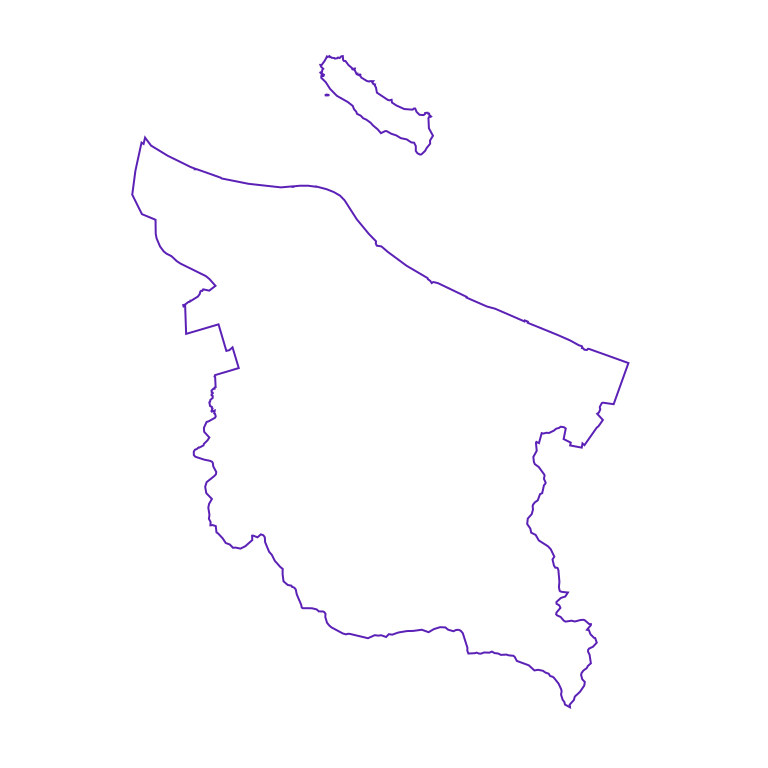 Kapiti Coast District, Wellington, New Zealand (Mercator projection), rotated 88°
{"feature_id": "76426892B40296921759207", "entity_name": "Kapiti Coast District", "entity_type": "district", "adm_level": 2, "iso_a3": "NZL", "parent_name": "New Zealand", "parent_adm1": "Wellington", "projection": "mercator", "projection_center": [175.125, -40.857], "detail": "fine", "context": "isolated", "style": "outline", "palette": "violet", "viewbox_px": 768, "rotation_deg": 88, "n_neighbors": 0, "source": "geoboundaries", "source_scale": "gbopen_adm2", "svg_char_len": 6102}
<svg xmlns="http://www.w3.org/2000/svg" viewBox="0 0 768 768"><g transform="rotate(88 384 384)"><path d="M713.6,209.4L710.9,209.6L706.5,205.3L703.0,204.2L698.6,199.0L692.4,194.4L688.8,193.7L686.1,196.1L681.7,197.2L679.7,196.6L677.3,194.7L675.1,191.4L672.8,190.0L670.4,187.0L661.7,188.0L658.7,189.4L656.9,189.3L655.6,188.3L653.8,184.2L649.9,180.4L645.3,181.8L645.0,183.0L641.3,186.4L637.2,187.8L636.7,189.7L632.1,185.6L631.2,185.6L631.0,187.4L627.1,191.6L626.6,193.0L626.7,195.7L628.0,201.4L627.1,204.9L627.8,210.8L626.9,212.5L623.0,215.6L621.2,219.2L620.2,220.0L618.4,219.6L613.9,215.5L611.4,216.5L609.7,219.2L607.9,219.3L604.0,214.7L602.7,210.2L598.8,207.5L598.0,213.2L597.4,215.1L596.7,215.7L593.0,216.3L588.0,215.6L576.2,216.2L574.2,216.8L573.7,217.4L573.5,219.3L571.3,220.5L565.2,221.7L562.5,219.8L555.0,223.1L551.9,225.8L545.7,234.8L540.1,237.7L537.7,242.1L533.6,242.8L528.9,245.8L523.5,245.0L519.2,240.9L514.7,239.5L511.2,239.7L509.7,239.2L507.5,237.3L505.6,234.4L499.5,231.9L498.6,229.7L490.8,227.7L489.2,226.2L488.1,225.9L484.3,227.5L481.1,226.7L480.1,227.0L472.4,232.2L469.3,236.1L467.2,236.9L462.1,237.3L456.1,233.7L448.1,234.2L447.2,233.7L448.5,231.2L438.6,228.1L439.1,226.6L438.4,223.5L438.7,220.8L436.5,215.8L434.7,213.6L434.0,210.6L432.9,209.0L433.4,205.8L434.8,203.9L445.3,206.4L449.1,199.4L451.9,200.1L454.5,188.6L450.3,187.7L452.1,185.8L435.0,172.9L433.8,171.2L427.6,166.5L421.2,172.0L420.0,170.2L416.7,168.7L415.3,169.2L414.0,168.9L410.7,167.0L410.3,165.9L412.2,155.2L371.6,139.0L356.4,177.1L355.9,178.8L357.1,180.1L356.7,182.6L355.3,183.7L355.0,184.9L353.9,184.6L353.0,185.1L352.1,187.9L347.0,196.4L340.9,209.1L328.1,237.7L327.8,238.3L326.8,238.0L326.1,239.3L325.4,241.1L326.4,241.4L312.6,270.4L310.2,278.3L300.5,298.6L299.8,298.4L285.0,326.7L283.8,331.3L284.8,332.8L282.5,334.2L280.8,336.5L279.7,336.7L266.7,357.2L252.1,375.6L246.4,381.8L245.5,386.4L243.4,387.3L241.1,387.0L233.5,393.9L218.4,405.5L199.0,417.0L194.2,421.4L190.4,427.5L187.3,434.6L184.2,445.0L184.5,445.1L183.2,452.9L182.9,460.7L183.3,467.7L183.8,467.7L183.8,468.6L183.3,468.6L183.9,480.2L179.2,512.4L172.9,539.2L172.2,539.8L162.9,563.4L162.8,565.2L162.4,564.9L160.4,569.7L148.4,592.1L137.6,608.5L129.4,614.2L135.7,615.9L134.3,617.9L162.2,625.0L186.0,629.0L205.8,620.0L211.9,606.6L225.9,606.9L230.5,606.2L238.8,603.0L243.8,599.5L246.1,596.9L248.8,592.0L254.0,586.8L256.6,583.1L270.0,558.2L273.0,554.8L280.0,549.0L284.6,555.4L283.1,561.4L284.6,562.3L284.4,563.4L285.1,564.3L287.6,565.0L290.1,566.9L294.1,573.9L293.9,574.6L295.0,575.2L295.2,576.6L297.7,580.1L298.1,581.9L299.5,581.6L298.8,580.0L327.0,580.0L318.6,547.3L345.4,540.4L344.8,537.4L342.1,534.1L363.0,528.6L369.2,552.5L370.7,553.1L371.2,552.5L381.4,552.4L381.8,553.6L382.8,553.5L383.1,555.1L384.5,556.6L386.1,556.5L386.6,555.5L387.4,555.5L388.3,556.7L389.3,556.7L390.0,555.6L391.9,555.7L394.0,558.2L395.6,558.4L396.2,559.2L399.9,558.6L400.8,556.9L401.9,556.9L402.4,556.2L405.0,557.4L405.6,557.0L404.6,554.1L407.5,554.7L408.0,553.9L410.4,553.3L411.8,554.0L415.2,560.6L415.7,562.6L421.5,565.5L425.5,565.4L431.4,560.4L434.3,562.5L437.5,566.0L439.1,566.6L441.1,570.8L440.9,571.4L442.5,573.4L443.1,575.3L445.1,576.5L448.5,576.5L450.1,575.1L453.3,566.4L454.8,560.3L455.8,558.5L457.0,557.8L460.4,557.5L466.1,554.7L468.3,555.1L469.9,556.6L475.9,564.7L480.5,566.3L486.9,565.4L492.9,560.0L497.7,563.0L501.4,563.9L508.7,563.0L512.6,563.7L515.9,562.1L519.2,562.4L519.0,560.2L520.1,557.1L526.4,556.6L527.7,554.9L532.5,550.7L537.4,547.7L539.0,543.7L542.4,540.6L542.3,538.1L543.5,533.2L541.3,528.3L535.4,521.1L531.0,521.1L530.9,520.2L532.8,515.8L530.0,512.3L530.9,509.9L533.0,508.5L538.0,508.3L547.6,504.7L550.8,502.1L556.9,499.3L563.4,493.9L565.2,491.7L570.4,492.0L577.7,491.3L581.5,487.2L582.3,483.6L583.6,482.9L584.3,480.9L586.2,479.4L591.3,478.5L601.6,474.5L604.5,474.0L605.2,473.1L605.6,463.9L606.9,459.2L609.0,457.0L609.2,452.9L609.9,451.6L611.6,450.5L614.8,450.8L620.6,449.3L623.6,447.0L625.4,445.0L631.9,433.8L632.9,430.6L632.4,429.1L632.5,427.0L637.5,408.9L634.7,402.0L635.3,398.4L635.0,395.6L636.9,390.7L634.2,387.9L634.8,384.5L632.9,378.5L631.7,369.6L631.8,363.6L630.9,354.8L633.6,348.1L630.7,342.7L629.0,336.5L629.4,331.2L631.8,328.5L633.5,323.2L632.3,320.5L632.3,318.0L633.3,315.9L635.9,313.9L650.7,309.8L653.1,310.1L656.3,309.1L656.2,302.6L655.7,300.9L656.7,298.5L656.9,296.6L655.8,293.3L656.2,288.1L655.2,285.5L656.8,282.9L657.3,279.4L658.8,276.6L658.7,271.0L659.5,269.0L660.1,264.3L661.1,263.0L665.4,260.9L670.2,249.1L675.5,243.7L675.0,240.1L676.1,235.3L678.1,232.6L679.2,229.6L681.7,228.1L682.4,225.8L683.3,224.6L689.5,220.0L695.2,217.6L697.3,217.2L700.6,217.9L705.8,216.5L708.0,214.9L710.7,214.3L713.6,209.4ZM142.3,329.5L137.6,326.4L130.0,330.2L119.8,330.3L118.4,329.4L118.7,328.2L118.3,327.6L116.6,329.4L115.4,329.5L115.4,330.4L114.4,330.9L114.4,331.7L114.7,333.5L115.5,333.5L116.6,335.0L116.2,339.1L113.1,342.0L109.8,343.2L109.8,344.8L110.6,345.4L110.8,346.3L109.9,354.2L106.0,362.0L103.0,366.2L100.2,366.5L100.7,368.6L100.2,370.3L92.6,380.9L87.4,381.7L85.3,382.8L84.3,382.5L83.8,384.2L82.3,385.2L81.0,384.2L80.8,387.4L81.2,388.2L80.6,390.5L77.1,395.8L75.4,397.0L74.0,396.8L73.8,397.2L74.4,398.5L74.0,399.3L72.9,399.6L73.3,400.6L69.0,402.4L67.7,402.1L67.7,402.8L68.8,403.3L68.3,404.7L67.1,405.0L64.0,408.4L59.9,411.2L59.7,412.9L58.5,413.6L54.9,413.7L55.0,415.2L56.7,417.0L56.1,418.6L56.8,419.4L57.1,421.7L56.5,422.3L56.1,425.0L55.3,425.9L55.4,426.7L54.4,427.1L55.3,429.0L54.7,429.6L58.8,431.9L63.0,435.2L62.9,436.4L64.7,435.8L66.9,433.7L67.7,434.6L70.5,435.2L70.4,436.0L71.1,435.8L71.1,436.3L72.3,435.3L72.3,434.0L72.9,433.2L74.1,433.8L74.1,435.9L75.8,436.0L80.3,431.7L87.2,427.6L94.4,421.0L100.9,410.4L105.0,405.5L108.3,404.4L110.8,402.3L113.1,401.5L115.0,397.9L117.7,395.5L119.2,392.4L122.6,388.1L125.1,386.1L129.2,381.5L133.2,378.3L131.3,374.0L131.3,372.7L134.2,367.9L136.0,363.0L138.9,358.6L140.3,352.8L143.5,348.3L143.9,345.5L147.4,343.9L152.2,344.1L154.6,342.5L156.0,339.9L155.8,338.6L152.5,334.8L149.7,333.2L145.5,329.5L142.3,329.5ZM93.5,433.0L93.6,429.6L93.3,428.6L92.7,431.4L93.5,433.0Z" fill="none" stroke="#5b21b6" stroke-width="2"/></g></svg>